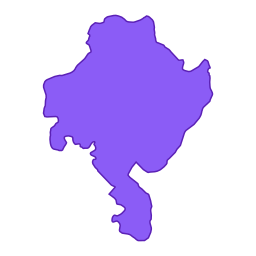 outline of Ghazni
{"feature_id": "AFG-1757", "entity_name": "Ghazni", "entity_type": "Province", "adm_level": 1, "iso_a3": "AFG", "parent_name": "Afghanistan", "parent_adm1": "", "projection": "natural_earth1", "projection_center": [67.708, 33.141], "detail": "fine", "context": "isolated", "style": "filled", "palette": "violet", "viewbox_px": 256, "rotation_deg": 0, "n_neighbors": 0, "source": "natural_earth", "source_scale": "10m", "svg_char_len": 5279}
<svg xmlns="http://www.w3.org/2000/svg" viewBox="0 0 256 256"><path d="M47.0,116.9L44.8,116.5L43.5,113.2L44.2,108.3L44.8,106.7L45.1,106.2L45.2,105.8L45.3,105.2L45.5,100.8L45.7,99.6L45.9,98.7L46.2,97.8L46.1,95.0L43.6,87.3L43.6,85.3L43.7,84.7L44.9,81.6L45.8,80.6L46.2,80.3L47.1,79.7L54.7,76.5L59.6,75.4L61.7,75.5L62.1,75.5L70.3,73.0L72.0,72.1L73.9,70.7L75.2,68.9L75.8,67.6L76.8,66.1L77.6,65.1L83.0,60.3L84.8,58.6L87.7,54.3L88.3,53.6L88.9,53.2L90.8,52.1L91.0,51.6L91.1,50.9L89.9,47.1L89.3,45.5L88.9,44.8L88.7,44.7L87.5,44.0L86.6,43.4L86.3,43.0L86.4,42.4L86.9,41.7L87.8,40.8L88.1,40.5L88.4,40.1L89.2,37.2L89.8,36.1L89.7,35.5L89.6,34.9L88.0,33.6L89.6,29.3L90.0,28.6L90.6,26.9L91.7,25.5L95.2,22.8L99.3,23.4L100.7,23.3L103.4,22.4L103.8,22.1L104.0,21.8L104.5,19.4L104.8,18.8L105.4,18.3L106.5,17.4L107.2,17.0L107.9,16.7L113.7,15.5L115.9,15.4L118.5,16.0L121.7,17.2L124.3,19.1L126.4,21.2L127.4,21.6L128.5,21.9L132.5,22.2L133.6,22.2L134.9,21.9L140.4,20.0L142.8,18.6L144.0,17.6L144.5,17.4L145.1,17.1L145.4,16.8L146.6,16.0L148.5,16.5L149.7,17.4L152.3,19.8L153.0,20.9L153.5,21.9L154.3,26.6L154.4,27.4L154.2,29.0L154.2,29.8L154.4,30.7L154.6,31.9L154.7,32.7L154.7,33.4L154.6,34.1L154.6,35.0L154.9,36.1L155.6,38.7L155.7,40.2L156.3,42.0L157.1,42.6L158.2,42.9L163.6,45.1L164.0,45.5L164.9,47.0L169.0,49.6L170.3,51.0L170.6,51.5L177.9,59.4L178.5,60.0L179.0,60.2L179.4,60.2L180.2,60.2L181.0,60.0L182.9,59.9L183.7,62.2L183.7,62.8L183.6,63.6L182.9,65.8L182.5,67.5L182.5,68.4L182.6,69.1L182.8,69.3L183.0,69.6L183.8,70.1L184.9,70.6L188.3,71.5L189.2,71.5L190.6,71.3L191.3,71.0L198.6,66.7L199.1,66.2L202.7,61.6L204.8,59.5L207.4,60.8L207.7,61.2L208.1,61.9L208.3,62.6L208.9,64.7L209.7,66.6L210.0,67.4L210.1,67.9L209.9,68.1L209.2,68.2L208.8,68.4L208.5,68.8L208.1,69.5L207.8,70.3L207.7,71.4L207.8,72.0L208.2,72.4L208.6,72.7L209.0,73.1L209.1,73.5L209.1,74.7L209.2,75.1L209.8,75.8L210.0,78.2L209.7,82.0L209.9,85.7L210.1,87.7L210.5,89.0L211.5,90.9L212.3,92.8L212.5,93.9L212.4,94.8L210.3,99.5L209.8,101.3L209.6,101.5L203.7,107.0L202.7,108.4L201.8,111.4L201.4,113.3L200.9,115.0L200.0,116.8L199.1,118.3L194.0,124.4L185.9,130.5L184.9,131.9L184.3,133.2L180.4,145.4L176.9,149.3L176.2,150.6L175.2,152.4L169.3,158.4L168.2,159.3L167.4,160.1L167.2,160.5L167.0,161.5L166.9,163.2L166.3,164.3L164.0,166.8L160.5,169.6L159.4,170.2L157.1,171.2L154.8,171.7L149.6,172.1L148.5,172.4L147.8,172.3L147.0,171.9L143.4,169.6L136.1,162.1L131.9,167.3L128.4,173.7L128.2,174.3L128.1,174.8L128.1,175.3L129.9,177.4L137.9,183.7L138.6,186.1L139.4,187.2L141.9,189.0L145.7,192.8L146.2,193.1L148.0,194.0L148.3,194.2L148.6,194.5L148.9,195.2L150.6,200.8L151.2,204.0L151.5,205.2L151.7,206.0L151.7,206.7L150.9,208.7L150.7,209.8L150.7,211.0L151.3,215.3L151.1,219.2L150.3,220.4L150.0,221.1L149.9,221.9L150.0,223.1L151.2,227.5L151.3,228.4L151.3,229.3L150.7,232.3L148.4,237.8L145.0,240.2L144.5,240.5L138.8,240.6L138.0,240.5L137.2,240.1L136.1,239.3L134.8,238.1L132.4,236.5L130.7,235.1L129.6,234.5L127.9,234.0L122.6,233.2L122.0,233.0L120.8,232.1L119.9,231.5L119.7,231.1L119.5,230.6L119.5,229.6L120.2,225.6L120.0,224.6L119.7,223.7L118.8,222.4L118.1,221.7L117.5,221.3L117.0,221.1L116.7,221.1L116.4,221.1L115.9,221.2L113.4,222.0L113.1,222.0L112.8,221.9L112.4,221.6L112.1,221.0L112.0,220.1L112.2,218.5L112.5,217.4L113.0,216.5L113.5,215.9L113.9,215.5L114.2,215.3L114.4,215.2L114.8,215.2L116.1,215.6L116.9,215.8L117.2,215.8L117.6,215.8L118.0,215.6L120.4,214.4L121.9,213.3L123.3,211.9L124.5,210.6L124.9,210.0L125.1,209.4L125.2,208.8L125.1,208.3L124.7,207.6L123.9,206.8L121.1,204.9L120.5,204.7L117.2,204.1L116.9,203.9L116.7,203.5L116.0,200.0L114.6,198.2L109.1,194.1L115.0,187.3L115.1,187.0L114.9,186.7L112.0,185.4L111.1,184.8L98.1,171.2L97.8,170.8L97.6,169.9L97.4,169.5L95.2,167.4L93.0,164.0L92.6,162.7L92.6,161.6L92.7,161.1L92.9,160.6L93.1,160.1L93.3,159.8L93.6,159.5L93.9,159.4L95.2,159.3L95.5,159.2L95.8,159.0L95.9,158.7L95.9,158.4L95.9,158.0L95.6,157.6L95.2,157.0L94.5,156.5L91.5,155.2L91.0,154.8L90.5,154.0L90.4,153.4L90.6,152.9L91.0,152.5L94.3,150.6L94.8,150.3L95.1,149.9L95.4,149.5L95.7,149.0L95.7,148.4L95.7,147.9L95.6,147.2L95.4,146.6L95.2,146.1L95.0,145.8L94.7,145.3L94.2,144.8L94.1,144.6L94.0,144.3L94.1,144.0L94.3,143.7L94.6,143.1L94.7,142.8L94.8,142.4L94.8,142.1L94.6,141.8L94.2,141.7L93.2,141.9L92.7,142.2L92.3,142.5L90.9,144.2L89.9,146.0L89.1,147.1L88.7,147.5L88.3,147.8L87.7,148.1L87.1,148.2L84.5,148.2L83.9,148.4L83.4,148.4L83.0,148.2L82.2,147.4L81.7,147.1L80.5,146.7L80.3,146.5L80.2,146.0L80.3,145.2L80.2,144.9L80.1,144.5L79.9,144.2L79.6,144.0L79.2,143.9L78.4,143.9L75.7,144.3L75.4,144.3L74.9,144.0L74.4,143.5L73.5,142.1L73.2,141.1L72.9,140.1L72.8,138.0L72.6,137.5L72.4,137.1L71.9,136.8L71.2,136.5L68.7,135.9L66.3,136.1L65.2,136.5L64.8,136.7L64.4,137.1L64.3,137.6L64.3,138.5L64.6,139.3L65.0,140.1L66.1,141.9L66.4,142.4L66.5,142.8L66.2,143.6L65.6,144.6L64.2,146.7L63.1,148.8L62.9,149.3L62.7,149.8L62.2,150.2L61.7,150.5L59.1,150.5L58.1,150.0L53.9,149.1L52.9,148.6L52.1,147.8L51.4,146.7L50.8,145.1L50.4,143.2L50.0,139.4L50.1,137.7L50.2,136.5L50.4,135.9L50.5,135.1L50.3,132.2L50.6,130.7L50.7,130.4L50.8,129.1L50.9,128.8L51.1,128.4L51.5,128.0L54.5,125.8L54.9,125.2L55.6,124.0L55.9,123.6L56.4,123.2L57.9,122.4L58.1,122.1L58.3,121.4L58.4,120.3L58.2,118.8L57.7,117.6L57.2,116.9L55.8,116.5L47.0,116.9Z" fill="#8b5cf6" stroke="#5b21b6" stroke-width="1.5"/></svg>